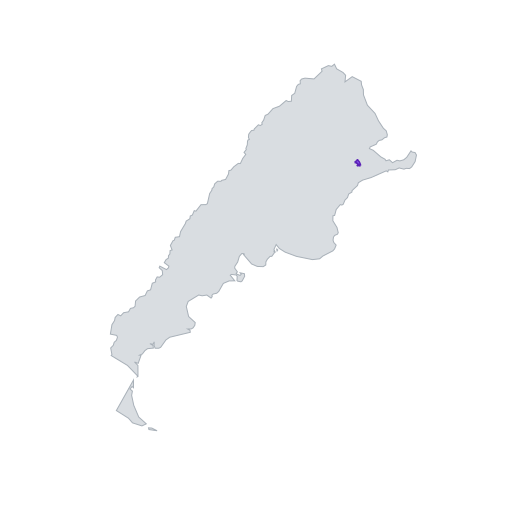 Lavalle, Corrientes, Argentina (highlighted), rotated 29°
{"feature_id": "61730980B29008980854450", "entity_name": "Lavalle", "entity_type": "district", "adm_level": 2, "iso_a3": "ARG", "parent_name": "Argentina", "parent_adm1": "Corrientes", "projection": "mercator", "projection_center": [-58.887, -29.013], "detail": "fine", "context": "in_parent", "style": "filled", "palette": "violet", "viewbox_px": 512, "rotation_deg": 29, "n_neighbors": 0, "source": "geoboundaries", "source_scale": "gbopen_adm2", "svg_char_len": 4958}
<svg xmlns="http://www.w3.org/2000/svg" viewBox="0 0 512 512"><g transform="rotate(29 256 256)"><path d="M312.5,137.9L310.0,142.3L310.6,145.2L308.3,152.2L308.9,153.6L307.0,156.9L307.7,160.5L306.7,164.0L307.2,168.5L306.4,169.8L304.8,170.2L303.6,176.4L305.1,182.4L303.8,183.5L306.1,187.9L313.0,191.8L316.6,195.7L316.7,197.4L314.8,199.9L314.6,201.9L315.7,204.8L317.5,206.5L320.8,207.6L321.3,211.7L320.7,214.3L314.5,223.6L313.0,227.6L307.1,231.8L291.6,236.7L279.6,238.5L272.7,238.1L268.1,236.2L268.5,241.5L270.7,243.1L269.5,243.2L270.5,244.2L270.0,248.6L268.5,249.5L267.5,253.2L267.5,256.4L268.9,259.1L267.5,261.8L262.2,264.5L256.0,265.1L244.4,260.8L244.9,260.1L244.3,259.8L242.4,260.7L241.6,264.4L242.9,270.2L242.5,275.3L243.2,276.9L247.4,278.9L247.1,280.9L248.5,281.1L251.5,280.7L251.9,279.0L250.3,278.4L254.4,277.1L255.9,279.2L256.0,284.5L255.3,285.9L252.1,286.9L251.2,286.6L249.4,282.9L247.9,282.2L243.3,284.1L242.8,285.3L249.5,288.0L244.6,290.8L240.7,295.8L240.6,305.0L239.7,307.6L237.0,310.0L236.5,311.8L237.4,312.8L237.1,314.6L231.9,314.0L228.2,316.9L224.8,317.9L218.7,328.6L219.5,333.9L226.4,341.6L235.1,343.7L236.1,346.3L235.8,349.4L234.7,351.2L231.6,353.0L234.3,353.0L235.5,354.6L219.9,368.9L217.9,373.1L216.9,382.0L215.7,383.8L212.5,385.6L210.3,383.7L208.6,380.4L208.7,383.1L205.7,384.1L209.3,384.2L210.9,386.3L206.1,389.6L204.7,392.6L204.1,396.8L202.2,399.2L203.6,398.7L205.0,407.0L201.1,407.6L205.8,409.0L211.2,418.6L210.7,419.3L210.6,418.3L196.5,414.0L177.6,413.3L177.8,412.1L173.5,406.9L174.5,403.3L173.8,400.2L174.8,397.5L174.2,394.1L172.6,393.0L166.5,394.9L163.3,385.9L163.6,381.0L162.6,378.0L163.6,374.1L166.7,373.9L167.7,369.8L171.6,366.6L171.6,362.7L174.0,360.6L174.6,358.6L172.5,353.7L174.1,348.3L178.2,344.3L177.9,339.2L180.2,336.7L178.5,330.1L180.8,327.3L179.7,325.7L179.7,322.2L182.0,321.3L183.4,317.6L181.1,314.2L177.0,313.2L176.8,311.5L184.3,311.3L185.2,308.7L184.7,307.1L179.0,306.3L179.1,302.7L180.4,300.4L179.3,298.1L179.7,296.0L178.2,292.9L179.7,291.4L176.0,288.3L176.0,283.0L176.9,281.7L176.3,278.8L179.7,276.2L178.2,271.2L178.5,261.8L178.0,259.3L180.1,255.5L179.1,252.9L180.5,251.0L180.0,246.3L181.7,245.9L183.0,237.8L187.2,235.4L188.1,233.8L185.2,223.8L185.5,220.0L184.9,218.3L185.6,216.1L184.9,212.9L186.2,209.2L189.1,207.7L189.4,206.4L192.3,203.8L192.2,197.6L190.9,194.4L192.4,193.2L193.4,188.5L195.6,183.6L197.5,182.7L197.1,177.1L197.8,172.1L195.3,171.2L195.9,167.6L195.0,166.8L194.5,163.0L192.9,159.7L192.8,158.3L193.7,157.3L191.9,156.0L190.6,153.0L190.9,150.3L191.3,148.4L193.2,147.0L192.9,145.7L194.5,140.1L196.5,139.8L197.6,137.8L196.5,136.7L196.8,133.4L195.9,128.6L197.7,126.2L199.4,118.8L203.9,113.6L207.0,105.4L209.3,105.3L211.9,103.5L209.4,98.3L211.0,94.9L209.3,88.0L209.8,85.4L211.3,83.9L209.6,81.3L210.1,79.1L212.6,76.7L220.9,73.0L224.2,62.4L222.5,60.6L227.0,54.4L230.3,53.4L231.6,50.2L235.8,53.2L243.1,53.3L246.8,54.5L249.4,60.6L253.2,52.5L263.3,52.2L265.4,55.2L269.2,58.4L271.9,63.0L280.3,70.1L291.0,73.6L297.6,78.4L305.4,82.5L309.2,83.4L312.1,86.3L312.8,88.5L311.1,90.2L309.8,93.4L307.7,95.2L306.9,97.3L307.0,99.9L303.0,105.2L303.1,107.1L307.2,106.7L317.1,108.8L321.9,108.8L323.5,109.7L326.0,107.2L330.2,108.2L332.9,103.9L335.7,103.1L338.6,100.2L340.0,96.6L340.6,88.9L342.2,89.4L344.9,88.4L347.4,89.9L349.4,96.3L349.0,102.6L347.9,105.1L344.9,106.5L343.3,108.3L338.5,109.6L336.0,113.0L330.1,116.6L330.5,118.5L328.6,118.4L318.7,131.5L312.5,137.9ZM208.8,458.9L209.0,423.9L212.7,430.6L210.9,430.2L210.3,433.4L213.4,434.1L214.8,438.2L221.5,445.9L231.5,453.7L241.4,456.0L238.6,459.9L228.9,461.8L223.1,459.7L208.8,458.9ZM245.3,458.4L248.3,457.0L254.2,456.8L246.5,459.7L245.3,458.4ZM272.1,240.2L272.0,241.4L270.4,239.6L272.1,240.2Z" fill="#d9dde1" stroke="#a8b0b8" stroke-width="1"/><path d="M303.2,125.6L302.1,124.6L301.7,124.3L301.4,124.1L301.1,123.9L300.7,123.6L300.4,123.4L300.0,123.3L299.5,123.2L299.0,123.1L299.0,122.9L298.8,122.8L298.3,122.7L298.2,122.6L297.9,122.8L297.9,123.0L297.9,123.3L297.9,123.5L297.9,123.8L297.8,124.1L297.7,124.3L297.5,124.5L297.4,124.8L297.4,125.0L297.5,125.2L297.5,125.4L297.5,125.5L297.4,125.7L297.2,125.8L297.3,125.9L297.4,126.0L297.5,126.1L297.6,125.9L297.7,125.7L297.7,125.8L297.8,125.8L297.9,125.7L298.0,125.7L298.1,125.9L298.3,125.8L298.3,126.0L298.6,126.0L299.1,126.1L299.2,125.8L299.5,125.8L299.9,126.0L299.9,125.9L300.2,125.9L300.4,126.0L300.6,126.0L301.0,126.2L301.3,126.3L301.3,126.5L301.2,126.6L301.1,126.8L301.0,127.0L300.9,127.0L300.9,126.9L300.8,127.0L300.7,127.2L300.7,127.3L300.8,127.3L300.7,127.3L300.7,127.5L300.7,127.8L300.7,127.7L300.7,127.8L300.8,127.8L300.9,127.7L301.0,127.7L301.3,127.7L301.2,127.7L301.2,127.8L301.3,127.8L301.3,127.7L301.5,127.6L301.6,127.4L301.6,127.2L301.8,127.1L301.9,126.9L302.0,126.9L301.9,126.8L302.0,126.8L302.0,126.7L302.1,126.4L302.3,126.4L302.2,126.3L302.3,126.3L302.3,126.2L302.5,126.2L302.4,126.1L302.5,126.1L302.6,125.9L302.8,125.8L303.0,125.8L303.1,125.7L303.2,125.6Z" fill="#8b5cf6" stroke="#5b21b6" stroke-width="1.5"/></g></svg>